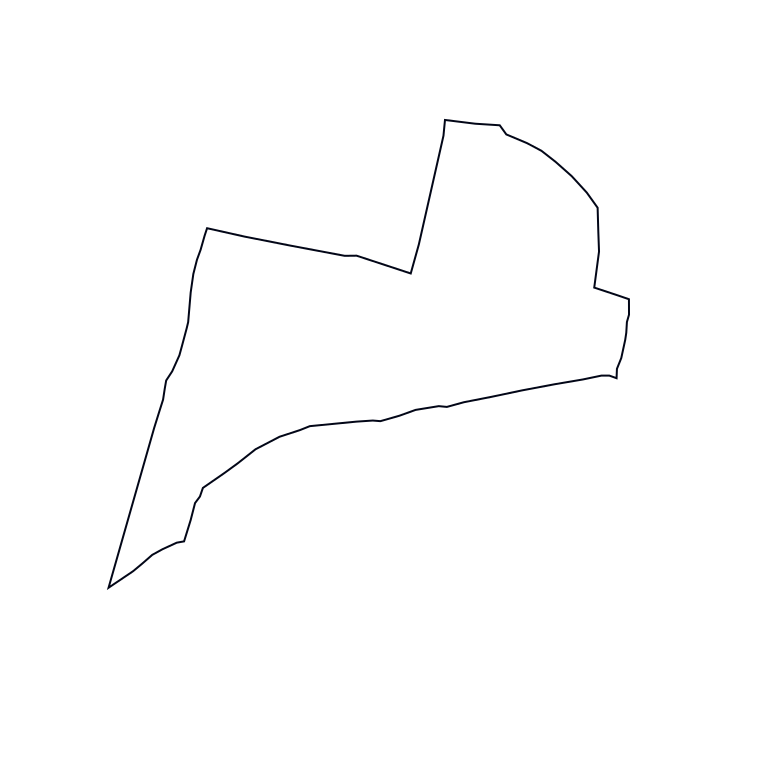 Doun Penh, Phnom Penh, Cambodia (Robinson projection), rotated 109°
{"feature_id": "14789045B63307875451806", "entity_name": "Doun Penh", "entity_type": "district", "adm_level": 2, "iso_a3": "KHM", "parent_name": "Cambodia", "parent_adm1": "Phnom Penh", "projection": "robinson", "projection_center": [104.926, 11.572], "detail": "fine", "context": "isolated", "style": "outline", "palette": "ink", "viewbox_px": 768, "rotation_deg": 109, "n_neighbors": 0, "source": "geoboundaries", "source_scale": "gbopen_adm2", "svg_char_len": 1102}
<svg xmlns="http://www.w3.org/2000/svg" viewBox="0 0 768 768"><g transform="rotate(109 384 384)"><path d="M597.9,521.8L575.6,522.5L558.1,523.9L550.3,521.4L541.2,521.4L520.1,505.9L506.5,496.4L487.5,484.2L467.9,465.6L454.8,448.3L448.0,440.4L438.6,419.8L428.5,397.7L422.2,382.7L420.3,375.3L408.9,359.0L398.2,345.7L387.1,325.0L385.2,317.1L375.2,302.5L361.2,278.3L345.1,251.4L328.7,222.6L315.0,197.5L305.3,181.2L302.7,173.6L302.8,166.0L293.8,168.7L282.2,168.1L263.7,170.3L256.7,171.6L246.3,174.5L238.7,174.9L224.1,180.0L224.1,191.5L224.4,216.6L188.8,223.8L170.6,230.8L147.8,239.4L137.0,254.6L126.4,274.1L118.1,294.1L112.3,310.9L109.7,327.2L108.2,349.6L101.7,358.8L108.2,382.5L114.5,412.3L129.9,408.6L240.6,396.5L270.8,394.7L271.6,451.7L275.6,462.9L283.7,518.1L290.0,563.6L294.3,602.0L302.1,601.9L316.8,601.1L327.4,601.3L342.0,600.1L360.3,596.6L389.3,589.3L395.6,588.7L414.1,587.4L423.5,586.8L441.0,588.4L451.6,591.1L459.7,589.8L470.7,587.8L482.9,587.5L500.5,587.0L666.3,578.1L642.7,560.3L632.5,554.1L621.0,547.5L612.3,539.6L601.5,528.3L597.9,521.8Z" fill="none" stroke="#020617" stroke-width="2"/></g></svg>